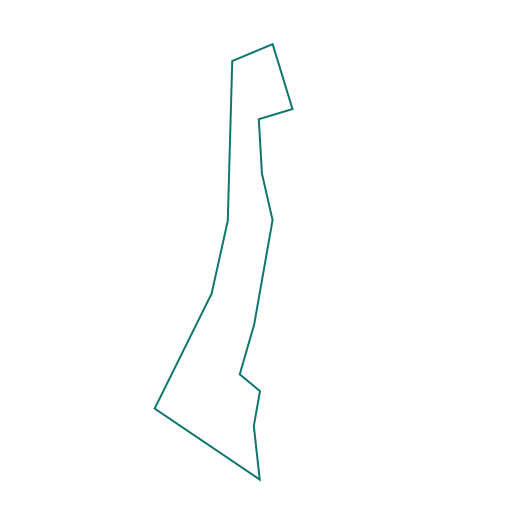 Navotas, Robinson projection, rotated 35°
{"feature_id": "PHL-5544", "entity_name": "Navotas", "entity_type": "Highly Urbanized City", "adm_level": 1, "iso_a3": "PHL", "parent_name": "Philippines", "parent_adm1": "", "projection": "robinson", "projection_center": [120.945, 14.665], "detail": "fine", "context": "isolated", "style": "outline", "palette": "teal", "viewbox_px": 512, "rotation_deg": 35, "n_neighbors": 0, "source": "natural_earth", "source_scale": "10m", "svg_char_len": 344}
<svg xmlns="http://www.w3.org/2000/svg" viewBox="0 0 512 512"><g transform="rotate(35 256 256)"><path d="M260.5,439.1L241.2,312.2L212.7,243.4L124.7,109.9L148.1,72.9L201.6,114.7L179.8,142.3L213.5,185.0L249.0,217.1L293.8,313.2L310.6,362.3L336.8,364.4L351.7,396.5L387.3,437.0L260.5,439.1Z" fill="none" stroke="#0f766e" stroke-width="2"/></g></svg>